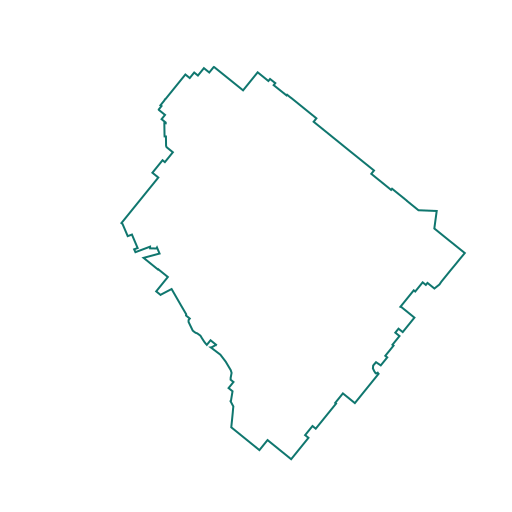 outline of Trayning, Western Australia, Australia, rotated 129°
{"feature_id": "25037944B98291984831496", "entity_name": "Trayning", "entity_type": "district", "adm_level": 2, "iso_a3": "AUS", "parent_name": "Australia", "parent_adm1": "Western Australia", "projection": "natural_earth1", "projection_center": [117.834, -31.167], "detail": "fine", "context": "isolated", "style": "outline", "palette": "teal", "viewbox_px": 512, "rotation_deg": 129, "n_neighbors": 0, "source": "geoboundaries", "source_scale": "gbopen_adm2", "svg_char_len": 2889}
<svg xmlns="http://www.w3.org/2000/svg" viewBox="0 0 512 512"><g transform="rotate(129 256 256)"><path d="M315.1,381.3L315.1,379.9L318.2,374.0L321.3,368.2L317.4,365.9L318.4,364.1L324.3,353.0L327.5,354.9L328.9,352.1L315.4,344.2L316.7,343.1L312.8,338.1L311.7,338.3L314.8,332.5L322.8,338.3L328.2,342.2L328.2,323.7L327.8,323.7L327.8,311.3L339.4,311.3L346.3,311.3L346.3,305.9L346.3,305.7L345.9,305.6L340.3,303.2L334.8,300.8L335.6,298.7L341.5,283.4L345.2,273.6L346.3,272.9L346.3,268.1L348.2,268.1L349.7,266.9L353.8,258.2L353.8,255.6L353.7,255.1L353.7,254.6L353.5,254.1L353.3,253.5L353.1,253.0L352.9,249.5L353.0,248.7L353.8,246.6L355.2,242.3L355.7,240.2L356.0,238.3L350.1,238.3L350.1,231.4L350.1,230.2L350.1,230.3L350.3,230.7L350.5,231.1L350.9,231.4L351.3,231.6L353.2,232.3L353.9,232.6L354.5,232.9L355.1,233.2L355.5,233.6L355.1,221.6L357.2,213.0L360.6,203.8L362.2,201.4L366.5,199.1L368.1,197.9L368.1,194.2L368.4,194.2L375.9,194.2L375.9,189.1L384.9,184.0L385.0,184.1L387.2,178.9L389.7,177.3L392.2,175.6L397.2,172.3L404.7,167.4L404.7,167.2L404.7,131.2L391.8,131.2L391.8,115.8L391.8,100.8L380.1,100.8L372.0,100.8L364.3,100.8L364.3,105.1L356.7,105.1L352.6,105.1L352.6,100.9L328.1,100.9L320.3,100.9L320.3,102.0L308.1,102.0L308.1,86.6L303.7,86.6L297.5,86.6L288.3,86.6L280.2,86.6L270.5,86.6L270.5,86.8L270.1,88.0L271.3,88.5L271.8,89.0L271.8,89.4L271.0,91.9L270.2,93.5L269.8,94.4L267.4,96.0L265.2,96.0L265.2,95.9L263.0,95.9L262.5,90.2L252.2,90.2L252.2,92.7L239.1,92.7L239.1,94.1L227.9,94.1L227.9,99.5L222.8,99.5L222.8,94.1L213.5,94.1L204.2,94.1L204.2,110.5L204.6,111.8L204.1,111.8L193.0,111.8L183.4,111.8L183.4,109.9L176.9,109.9L171.6,109.9L171.6,105.8L169.0,105.8L169.0,96.9L162.7,95.5L159.3,95.8L159.2,95.8L145.2,95.8L136.6,95.7L130.9,95.7L122.3,95.6L122.4,115.9L122.4,119.1L122.4,119.3L122.4,134.7L121.3,135.4L111.9,141.1L107.3,143.9L116.6,156.4L118.2,158.5L118.2,167.9L118.2,173.4L118.1,173.5L118.1,192.6L119.6,192.6L119.6,218.1L115.3,218.1L115.4,249.9L115.4,270.3L115.4,270.7L115.4,295.7L111.0,295.7L111.0,303.7L111.0,328.4L111.1,328.6L111.1,333.3L112.0,333.3L112.1,349.8L109.5,349.8L109.6,356.5L112.2,356.5L112.2,365.1L112.2,370.3L122.9,370.3L135.4,370.3L135.4,376.4L135.5,407.2L135.6,407.7L136.0,407.8L142.8,407.8L142.8,414.7L143.3,414.7L149.3,414.7L149.5,414.7L152.3,414.7L152.3,414.8L152.3,419.5L159.4,419.5L159.4,425.1L162.8,425.1L169.0,425.1L175.2,425.1L176.0,425.1L180.9,425.1L190.9,425.1L191.0,425.2L191.7,425.4L192.4,425.1L199.1,425.1L199.1,424.5L199.1,424.3L199.0,423.8L202.7,423.8L203.3,423.8L203.5,423.7L203.6,423.4L203.6,420.9L203.6,415.5L203.9,415.5L204.0,415.5L209.1,415.5L209.1,410.2L209.7,409.7L210.5,410.8L219.7,403.1L220.6,402.3L219.8,401.2L227.0,395.2L227.7,394.0L227.7,391.5L227.7,385.9L240.4,385.9L240.4,388.9L249.0,388.9L256.1,388.9L256.5,388.9L256.5,386.7L256.5,381.3L277.5,381.3L295.6,381.3L308.9,381.3L315.1,381.3Z" fill="none" stroke="#0f766e" stroke-width="2"/></g></svg>